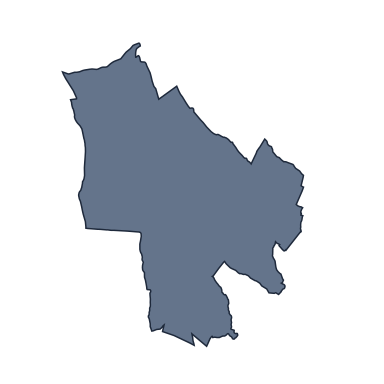 outline of San José Teacalco, Tlaxcala, Mexico, rotated 172°
{"feature_id": "50627088B31209482896746", "entity_name": "San José Teacalco", "entity_type": "district", "adm_level": 2, "iso_a3": "MEX", "parent_name": "Mexico", "parent_adm1": "Tlaxcala", "projection": "equal_earth", "projection_center": [-98.053, 19.323], "detail": "fine", "context": "isolated", "style": "filled", "palette": "slate", "viewbox_px": 384, "rotation_deg": 172, "n_neighbors": 0, "source": "geoboundaries", "source_scale": "gbopen_adm2", "svg_char_len": 5961}
<svg xmlns="http://www.w3.org/2000/svg" viewBox="0 0 384 384"><g transform="rotate(172 192 192)"><path d="M79.3,193.0L80.9,194.8L82.5,197.8L86.1,201.0L87.2,203.1L87.6,204.3L88.3,205.3L93.0,207.8L94.5,208.7L96.2,209.2L96.8,209.1L99.0,211.4L100.0,212.8L100.8,213.9L102.9,215.0L103.4,215.6L105.5,219.1L106.2,220.1L106.4,220.9L106.3,222.9L106.5,223.7L106.8,224.3L106.9,225.4L107.3,226.0L108.0,226.4L108.9,226.8L110.1,228.2L110.5,229.1L110.7,231.4L111.1,232.3L112.6,234.3L118.6,227.0L119.7,226.0L122.1,223.3L122.9,221.6L129.5,211.6L129.8,212.3L130.2,212.6L130.6,213.3L131.1,213.7L131.3,214.1L132.2,214.6L132.9,215.9L133.2,217.3L133.8,218.0L135.0,218.0L136.0,219.1L137.2,221.1L139.9,224.8L141.2,227.1L142.4,229.9L144.8,234.3L144.9,235.4L145.4,235.8L146.4,235.7L147.7,237.5L148.5,238.8L149.5,239.8L150.0,240.2L150.3,240.6L152.5,241.8L153.0,241.7L153.5,242.0L154.5,242.6L156.8,244.4L158.1,245.3L158.9,245.4L159.9,245.3L161.4,246.1L162.5,246.9L164.6,249.0L168.5,254.4L169.3,255.8L171.3,259.2L173.4,262.1L179.0,271.0L178.9,273.8L179.4,274.8L180.3,275.2L182.4,275.2L183.7,277.3L185.5,281.1L188.2,287.4L189.9,290.5L190.9,293.4L192.4,298.9L212.0,288.5L213.5,299.3L215.0,301.8L215.4,303.8L216.0,307.2L216.5,312.5L216.9,315.8L219.2,323.1L219.6,325.4L220.3,326.8L221.1,327.3L224.0,327.9L224.6,328.3L224.8,328.6L225.1,332.2L225.4,333.5L225.9,334.4L226.3,334.5L228.7,333.2L229.0,333.3L228.9,334.5L228.7,336.2L228.3,338.2L227.6,340.4L226.7,341.8L224.1,343.3L222.9,343.8L222.9,344.8L223.1,345.8L223.3,346.4L223.6,346.7L224.0,346.8L225.8,346.4L228.5,345.8L230.0,345.3L233.1,342.5L237.7,339.7L239.3,338.3L244.0,333.8L250.8,332.2L252.6,331.5L254.9,330.3L258.3,328.0L258.8,327.8L259.9,327.7L260.7,327.7L262.8,328.0L263.5,328.0L264.4,327.9L268.0,326.8L268.8,326.7L269.5,326.7L273.8,327.7L276.4,327.8L281.5,327.7L283.3,327.5L286.6,326.7L289.3,326.6L291.7,326.9L297.4,326.0L297.9,326.1L298.5,326.3L303.5,328.9L302.9,326.4L301.3,321.9L295.4,308.8L293.2,301.3L293.4,300.3L299.4,300.3L298.8,297.5L298.9,296.0L298.8,293.7L298.6,292.7L298.6,291.9L298.0,290.6L298.0,290.2L298.0,289.7L297.8,289.1L297.6,286.1L297.5,285.5L297.5,284.4L297.9,283.1L297.9,282.5L297.9,281.8L297.7,281.1L297.5,280.0L296.6,277.7L295.6,275.9L293.7,273.2L292.3,269.9L292.1,268.1L291.6,260.2L291.3,258.4L291.3,256.5L291.2,255.1L291.4,252.9L291.4,250.7L291.9,246.7L293.1,240.7L294.8,232.8L295.2,230.8L296.1,223.2L297.1,220.1L297.9,218.7L299.0,217.3L299.2,216.0L299.9,213.9L300.6,211.8L301.2,210.7L301.9,209.2L303.3,207.9L303.9,207.0L304.7,204.8L304.7,203.5L304.5,200.8L303.8,198.3L303.3,192.7L303.1,188.8L302.8,185.2L301.7,177.5L301.9,172.5L302.1,170.9L300.4,170.4L290.4,168.2L288.5,167.9L281.5,166.3L281.0,166.3L277.4,165.3L274.6,164.9L261.5,162.3L249.8,159.7L248.8,159.1L248.4,158.4L248.2,157.9L248.4,155.2L249.9,150.4L250.3,149.4L250.9,147.6L251.6,142.4L251.5,140.7L251.2,139.2L250.5,137.5L250.5,136.5L250.3,136.0L250.3,134.2L250.8,132.4L250.8,131.4L250.2,130.0L250.0,128.9L250.3,128.5L251.2,126.1L251.6,124.1L251.7,121.7L251.1,120.2L250.3,118.9L250.9,114.2L250.4,111.3L250.2,107.7L250.1,104.3L250.2,102.2L249.9,101.6L247.1,101.0L246.8,100.5L246.6,99.8L246.8,98.9L247.7,97.7L247.9,96.0L248.1,91.9L248.7,88.4L248.9,86.2L249.2,84.5L250.1,82.9L250.4,80.5L251.2,78.7L251.4,77.1L251.7,76.3L252.5,75.3L252.6,74.1L252.0,72.4L251.7,67.3L252.1,64.4L251.7,62.7L251.2,59.9L249.8,59.9L246.1,60.8L242.7,60.7L242.2,60.9L241.9,61.2L241.4,61.5L239.9,62.8L239.2,63.6L238.2,64.2L240.6,57.9L229.8,52.4L215.2,42.8L211.2,39.9L211.3,41.8L211.7,44.5L211.6,47.7L211.8,51.5L199.0,37.2L197.3,39.8L194.6,44.2L193.1,45.7L192.3,46.3L192.1,46.3L191.7,45.0L189.8,45.1L188.7,44.8L187.5,44.4L185.1,44.1L182.0,45.0L181.4,45.1L180.5,44.9L179.5,44.9L177.8,45.7L176.6,46.7L175.9,46.7L175.4,46.2L175.0,45.1L174.5,44.3L173.0,43.0L172.5,41.9L172.3,41.1L171.5,40.6L170.9,40.5L170.4,40.6L169.8,41.3L168.9,41.6L167.2,43.1L166.6,43.9L166.8,45.5L167.5,45.8L168.0,45.6L168.7,45.8L169.7,46.5L169.8,46.8L169.9,47.7L169.7,48.2L169.5,48.9L169.5,49.2L172.2,50.6L172.5,50.8L172.4,51.6L171.8,52.4L171.6,53.2L171.6,53.9L171.7,54.4L171.7,55.4L171.0,57.2L171.1,58.7L171.1,60.0L170.8,60.8L170.3,61.9L170.2,62.8L170.4,64.0L171.4,65.2L172.1,66.9L171.8,68.1L172.4,70.2L172.1,71.9L172.3,72.7L172.3,73.9L172.1,75.0L171.7,75.5L171.1,76.6L171.0,79.5L171.0,80.2L171.6,81.2L171.6,81.8L172.4,84.3L172.8,85.2L173.2,85.7L173.8,85.6L174.3,85.8L175.1,86.6L175.5,87.7L176.1,88.2L176.3,88.7L176.2,89.7L176.2,91.4L176.7,93.5L177.5,94.3L178.3,95.3L179.5,97.6L180.2,98.6L181.6,101.4L182.1,103.0L182.2,103.6L182.8,104.8L183.6,105.6L182.6,106.0L176.2,112.6L170.4,118.1L169.4,118.7L168.2,116.2L164.8,111.8L163.7,110.9L159.6,108.3L157.3,105.4L156.0,104.4L154.9,104.4L152.5,103.2L150.8,103.1L147.8,101.2L146.0,98.6L142.0,95.5L140.7,95.0L137.5,92.2L136.0,89.3L131.5,85.6L129.8,81.4L124.6,80.2L123.1,80.6L120.5,78.5L118.2,80.3L117.5,80.9L117.6,81.2L115.6,83.1L114.9,83.4L114.5,83.4L114.1,83.6L113.6,84.1L113.4,84.5L113.4,84.9L113.1,85.4L113.0,86.0L113.3,87.0L114.1,87.8L115.4,88.6L116.2,89.3L115.5,89.5L115.0,89.8L114.3,91.1L113.8,91.7L113.7,92.1L114.2,92.9L114.6,94.5L114.9,96.0L115.4,98.4L116.3,99.1L117.8,101.0L119.0,103.2L119.4,105.9L119.4,112.0L119.9,113.6L120.7,115.4L120.8,116.1L121.2,117.2L121.1,118.3L120.8,119.0L120.5,120.9L120.3,121.6L120.4,122.2L120.0,123.4L120.0,124.7L119.4,125.7L118.8,126.3L118.3,127.3L118.0,127.5L117.0,128.8L116.2,131.1L114.8,129.2L113.8,128.8L112.5,127.7L113.0,127.3L113.3,126.8L112.8,126.0L112.3,125.3L110.5,122.5L109.7,121.5L109.0,120.8L108.0,121.1L107.2,121.7L107.0,121.3L90.5,137.1L90.3,137.0L89.6,137.4L89.4,137.6L89.4,138.0L89.7,138.4L89.4,138.7L89.5,139.4L89.7,140.0L89.6,141.1L89.2,142.1L89.1,143.5L88.9,144.8L88.4,146.9L87.8,147.7L87.1,149.0L86.1,152.3L85.5,153.0L86.3,153.5L87.4,153.9L87.3,154.5L86.8,155.1L86.7,155.8L87.2,156.1L87.0,157.4L86.7,158.0L85.7,159.8L84.6,161.0L86.0,162.1L87.4,162.5L89.2,163.6L90.5,165.1L89.8,166.3L82.8,177.7L80.9,181.3L81.7,181.8L83.1,183.0L80.0,190.8L79.3,193.0Z" fill="#64748b" stroke="#1e293b" stroke-width="1.5"/></g></svg>